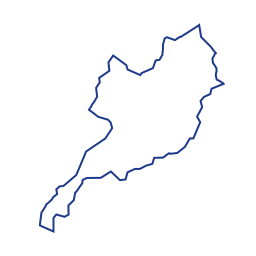 Ukanafun, Akwa Ibom, Nigeria (Robinson projection), rotated 172°
{"feature_id": "59680162B24434385919413", "entity_name": "Ukanafun", "entity_type": "district", "adm_level": 2, "iso_a3": "NGA", "parent_name": "Nigeria", "parent_adm1": "Akwa Ibom", "projection": "robinson", "projection_center": [7.61, 4.901], "detail": "fine", "context": "isolated", "style": "outline", "palette": "blue", "viewbox_px": 256, "rotation_deg": 172, "n_neighbors": 0, "source": "geoboundaries", "source_scale": "gbopen_adm2", "svg_char_len": 1369}
<svg xmlns="http://www.w3.org/2000/svg" viewBox="0 0 256 256"><g transform="rotate(172 128 128)"><path d="M198.9,50.5L197.8,59.6L191.8,64.0L189.2,71.5L188.0,72.1L183.4,77.1L181.0,79.6L180.2,82.8L175.7,84.3L162.0,82.4L151.0,87.3L143.2,77.5L137.6,77.4L134.6,84.2L126.8,86.5L122.1,85.8L115.3,88.2L112.6,88.6L108.9,89.1L106.2,94.8L97.3,93.8L93.2,96.2L90.7,97.3L89.5,96.5L87.1,96.5L82.7,96.4L74.3,101.4L68.2,109.0L64.7,108.6L55.7,123.7L58.0,129.7L51.6,138.4L52.4,144.6L48.5,148.2L41.8,150.2L39.8,155.3L27.2,158.4L27.6,159.1L29.4,160.6L31.1,162.1L33.3,163.5L33.8,167.0L33.3,169.9L32.5,171.4L32.1,174.9L33.4,177.9L34.7,180.3L34.8,182.8L34.8,184.8L33.9,186.2L32.6,187.7L31.8,189.2L30.6,189.9L33.0,193.8L34.8,197.1L42.9,207.9L43.2,220.1L46.0,218.7L63.0,210.9L64.0,211.0L69.3,208.5L76.9,212.5L79.3,211.5L81.9,205.3L82.3,201.8L83.8,195.7L87.2,191.2L91.2,191.0L95.0,183.8L106.8,180.5L108.5,178.7L120.3,186.0L120.9,190.5L132.6,201.8L138.2,195.7L138.5,187.2L149.6,181.6L149.6,177.1L154.0,172.2L154.2,163.3L158.2,158.3L160.0,156.6L161.2,154.7L164.1,151.5L155.9,143.2L146.7,139.0L144.5,136.1L143.7,130.1L151.9,120.8L172.7,110.6L184.4,90.9L185.8,88.6L199.8,79.7L204.0,79.6L207.5,77.2L207.4,72.4L211.7,69.9L213.6,67.5L219.6,63.6L221.1,61.3L225.5,56.2L228.8,44.1L228.6,43.6L216.2,35.9L214.3,49.4L211.0,52.3L203.2,48.9L198.9,50.5Z" fill="none" stroke="#1e3a8a" stroke-width="2"/></g></svg>